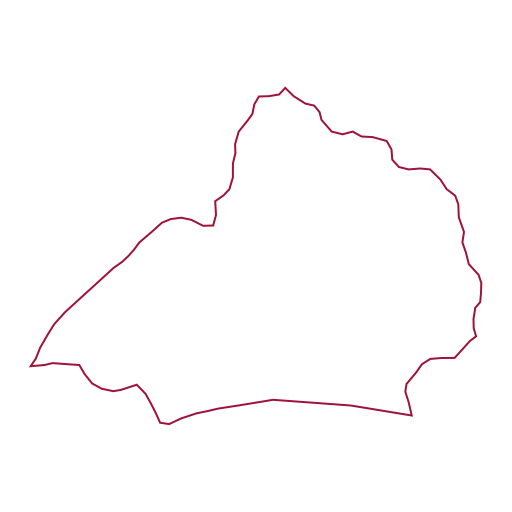 outline of Severínia, São Paulo, Brazil
{"feature_id": "56859067B63517445883281", "entity_name": "Severínia", "entity_type": "district", "adm_level": 2, "iso_a3": "BRA", "parent_name": "Brazil", "parent_adm1": "São Paulo", "projection": "albers", "projection_center": [-48.796, -20.784], "detail": "fine", "context": "isolated", "style": "outline", "palette": "rose", "viewbox_px": 512, "rotation_deg": 0, "n_neighbors": 0, "source": "geoboundaries", "source_scale": "gbopen_adm2", "svg_char_len": 1333}
<svg xmlns="http://www.w3.org/2000/svg" viewBox="0 0 512 512"><path d="M285.2,87.9L279.1,94.5L268.7,96.2L258.9,96.5L254.3,104.4L252.4,113.9L247.8,120.3L238.7,131.6L235.1,144.2L235.4,153.2L232.9,163.6L232.9,177.4L229.4,189.2L223.6,195.3L215.2,201.2L216.0,215.0L213.2,225.5L203.1,225.8L191.3,219.8L181.2,217.7L170.6,219.1L161.8,222.8L151.7,231.9L139.4,242.4L133.9,249.8L128.5,255.9L122.2,261.8L113.7,267.8L65.0,312.2L54.2,324.2L48.0,334.1L40.2,347.6L35.9,358.4L30.7,366.2L44.6,365.0L52.6,363.1L65.9,364.1L79.3,365.0L84.5,373.9L92.2,383.5L101.6,388.7L113.3,391.2L120.9,389.9L136.8,384.7L145.6,393.9L151.3,404.2L155.9,413.3L160.1,422.7L169.1,424.1L181.2,418.4L196.7,413.3L207.5,411.1L218.1,408.6L238.3,405.5L273.1,399.8L350.8,405.5L411.7,415.5L408.6,402.0L405.3,391.7L406.5,384.0L415.7,373.0L422.1,364.1L430.3,358.9L441.7,358.0L454.6,357.9L462.2,349.6L469.9,341.0L476.1,336.3L473.7,328.2L473.5,318.9L475.3,307.8L480.2,302.1L481.0,293.0L481.3,283.0L478.6,274.9L468.8,264.1L466.0,252.8L462.4,242.4L464.0,231.9L458.8,217.3L458.3,204.3L455.2,195.7L446.6,189.1L440.5,179.7L430.1,169.4L420.3,168.5L408.5,169.4L398.9,167.0L392.3,159.7L391.5,149.5L386.7,141.0L372.6,137.1L361.5,136.5L352.7,131.6L342.6,134.3L331.7,131.6L321.5,119.9L319.6,112.2L314.2,105.6L305.4,103.6L293.7,96.2L285.2,87.9Z" fill="none" stroke="#9f1239" stroke-width="2"/></svg>